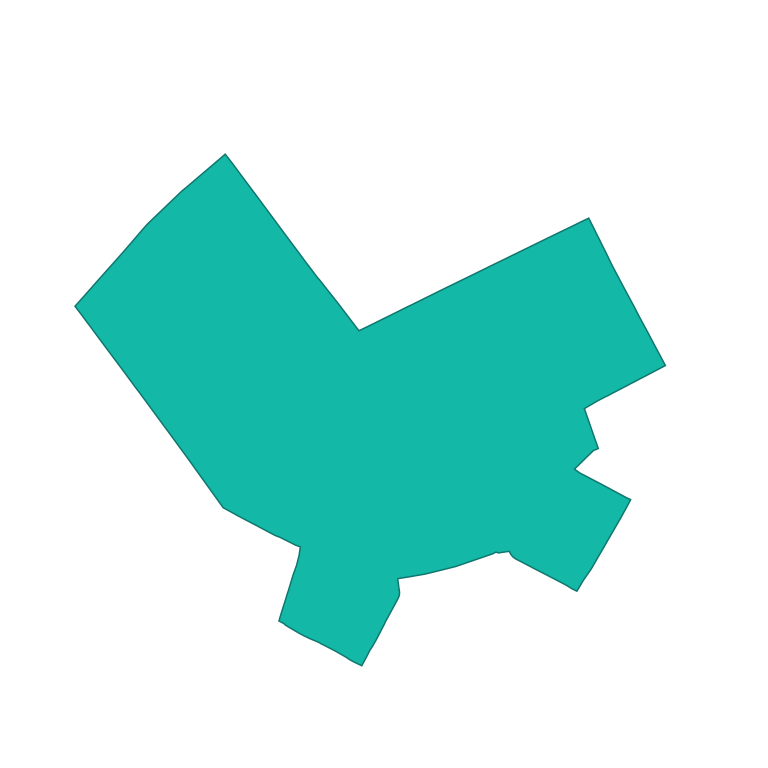 outline of Comuna 7, Ciudad de Buenos Aires, Argentina, rotated 344°
{"feature_id": "61730980B96499416001790", "entity_name": "Comuna 7", "entity_type": "district", "adm_level": 2, "iso_a3": "ARG", "parent_name": "Argentina", "parent_adm1": "Ciudad de Buenos Aires", "projection": "mercator", "projection_center": [-58.45, -34.635], "detail": "fine", "context": "isolated", "style": "filled", "palette": "teal", "viewbox_px": 768, "rotation_deg": 344, "n_neighbors": 0, "source": "geoboundaries", "source_scale": "gbopen_adm2", "svg_char_len": 3939}
<svg xmlns="http://www.w3.org/2000/svg" viewBox="0 0 768 768"><g transform="rotate(344 384 384)"><path d="M108.4,224.1L112.4,234.4L116.4,245.0L117.1,246.7L121.7,259.1L126.3,271.3L132.1,286.6L137.0,299.5L141.4,311.3L144.4,319.4L145.4,321.9L146.0,323.4L152.2,340.1L158.4,356.9L164.5,373.2L169.8,387.7L174.4,400.1L175.2,402.3L179.4,414.1L183.1,424.5L183.8,426.4L187.5,436.8L187.9,437.9L188.6,439.8L194.8,457.2L195.3,458.6L208.0,471.2L219.6,482.3L221.0,483.6L232.3,494.5L234.0,496.1L237.5,499.5L239.7,501.2L241.4,502.4L247.3,507.8L254.4,514.4L256.9,516.2L258.1,517.1L258.7,517.5L255.0,525.6L249.7,534.6L244.3,542.0L235.5,555.7L232.0,560.8L231.1,562.3L230.3,563.6L228.6,566.1L225.2,571.2L219.9,579.3L217.7,582.9L218.0,583.1L218.3,583.4L221.8,586.8L222.9,588.7L223.6,589.5L224.4,590.4L229.8,596.1L231.4,597.8L234.0,600.5L238.1,604.4L242.5,608.3L249.1,613.6L250.9,615.2L251.8,616.3L253.2,617.5L260.0,623.9L263.0,626.7L263.4,627.2L263.7,627.4L266.8,630.6L268.5,632.3L272.6,636.6L274.0,638.4L274.1,638.5L275.9,640.4L277.8,642.3L279.9,644.2L284.9,648.6L285.0,648.7L285.4,648.3L285.6,648.0L286.1,647.5L292.4,641.1L296.7,636.5L297.2,635.9L300.0,633.6L303.5,630.2L306.0,627.8L309.2,624.4L313.3,620.1L318.4,614.7L319.6,613.2L334.3,598.3L335.0,597.5L336.5,596.1L336.8,595.7L337.3,595.2L339.2,593.1L339.8,592.3L340.4,591.5L340.6,591.0L341.3,589.3L341.7,587.4L341.9,586.6L342.2,583.1L342.4,582.4L342.6,581.1L342.9,579.0L343.5,574.9L351.8,575.9L356.7,576.5L361.6,577.0L370.6,578.0L375.0,578.2L380.1,578.4L399.4,579.1L402.5,579.2L414.3,578.6L441.8,577.2L445.2,576.4L447.4,577.9L456.3,579.1L458.4,579.4L458.6,581.3L458.9,582.4L459.1,582.8L459.2,583.2L459.6,584.2L460.0,585.2L460.5,586.0L461.0,586.8L461.6,587.5L462.1,588.2L462.6,588.6L463.4,589.5L463.8,589.8L464.2,590.2L465.2,591.1L475.5,600.9L476.5,601.9L488.0,612.7L497.3,621.5L503.8,627.7L508.1,632.5L511.5,635.6L512.3,636.3L516.6,632.3L521.5,627.7L532.5,618.7L542.2,609.3L548.6,603.2L556.2,595.8L563.2,589.1L572.8,579.8L573.0,579.7L583.6,569.0L589.2,563.2L588.5,562.5L587.6,561.7L585.8,560.2L585.3,559.7L585.1,559.5L573.7,548.4L573.0,547.7L567.1,542.0L564.8,539.7L563.5,538.5L555.4,530.8L547.9,523.7L546.9,522.5L543.6,518.3L557.7,510.7L558.2,510.4L567.0,505.7L572.2,505.1L571.5,493.2L571.1,485.8L570.7,478.2L570.2,469.7L569.8,462.9L572.1,462.3L579.1,460.5L581.8,459.8L583.5,459.4L584.2,459.2L584.5,459.1L585.6,458.9L592.3,457.5L594.4,457.2L595.3,457.0L596.3,456.9L598.4,456.4L601.2,455.8L608.1,454.4L610.3,454.0L613.9,453.2L617.2,452.6L619.7,452.0L626.4,450.7L632.5,449.4L643.6,447.1L644.6,446.9L645.2,446.8L659.6,443.8L656.9,431.1L654.0,417.6L651.7,406.5L651.3,404.8L650.6,401.6L649.2,395.1L649.1,394.8L647.6,387.8L645.7,378.2L642.5,363.7L642.1,361.8L639.7,350.7L639.0,347.2L637.4,339.6L636.7,336.3L636.2,333.9L635.7,331.1L634.9,326.6L634.4,323.6L634.0,321.3L632.0,310.6L631.6,308.5L631.0,304.9L630.6,302.9L629.5,297.3L629.1,294.7L626.5,281.0L623.2,281.6L618.8,282.3L612.3,283.5L610.1,283.9L597.3,286.1L584.1,288.4L569.9,290.9L567.7,291.3L554.8,293.6L545.2,295.3L536.3,296.9L520.8,299.6L506.4,302.2L496.9,303.9L474.2,307.9L462.4,310.0L446.6,312.9L430.6,315.8L426.9,316.4L415.8,318.5L408.6,319.8L406.4,320.2L400.2,321.3L397.1,321.9L385.5,324.0L374.6,325.9L370.3,314.9L369.2,312.1L364.5,300.0L363.5,297.4L361.5,292.4L355.7,278.3L350.6,265.8L349.8,264.4L349.7,264.1L344.2,249.9L342.1,244.6L339.4,237.3L334.2,223.5L328.9,209.5L323.4,194.8L317.3,178.5L316.6,176.6L311.8,163.9L307.4,152.3L304.3,144.1L298.9,129.7L294.7,119.3L287.8,122.5L285.1,123.7L282.3,125.0L270.2,130.5L258.3,135.9L256.6,136.7L247.1,141.0L244.7,142.0L243.8,142.4L243.0,142.7L242.3,143.1L232.8,148.1L231.5,148.8L221.6,154.0L220.5,154.6L208.3,161.0L201.5,164.6L199.8,165.6L196.8,167.5L194.3,169.1L194.0,169.3L191.4,171.0L183.7,176.1L173.4,182.8L171.2,184.3L160.8,190.9L159.3,191.9L157.8,192.8L145.1,200.8L141.8,202.9L131.8,209.2L129.3,210.9L126.4,212.7L119.2,217.3L108.4,224.1Z" fill="#14b8a6" stroke="#0f766e" stroke-width="1.5"/></g></svg>